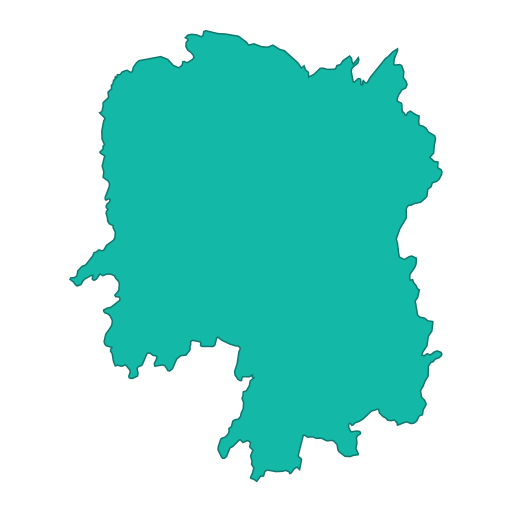 the border of Hunan
{"feature_id": "CHN-1808", "entity_name": "Hunan", "entity_type": "Province", "adm_level": 1, "iso_a3": "CHN", "parent_name": "China", "parent_adm1": "", "projection": "natural_earth1", "projection_center": [111.592, 27.371], "detail": "fine", "context": "isolated", "style": "filled", "palette": "teal", "viewbox_px": 512, "rotation_deg": 0, "n_neighbors": 0, "source": "natural_earth", "source_scale": "10m", "svg_char_len": 5994}
<svg xmlns="http://www.w3.org/2000/svg" viewBox="0 0 512 512"><path d="M102.2,166.0L104.7,155.8L100.7,153.4L99.8,152.1L103.0,149.2L103.0,146.3L104.5,144.5L102.1,139.2L101.8,131.1L103.7,120.9L104.9,118.9L104.2,117.4L99.6,112.8L101.6,111.8L102.2,110.5L103.1,106.2L103.1,102.6L108.6,97.5L108.0,92.2L111.6,88.8L111.4,85.3L112.9,84.0L113.6,80.2L114.7,79.8L115.4,76.8L116.6,77.6L117.4,74.7L120.2,74.6L122.0,72.1L125.6,70.6L127.2,70.3L130.3,72.3L132.3,71.8L133.3,67.3L136.6,62.7L139.0,60.7L160.8,56.6L167.9,59.5L173.1,65.3L178.3,67.7L179.3,67.5L182.2,65.0L182.8,61.8L184.1,61.4L186.5,62.6L187.8,62.4L192.3,59.6L193.9,57.7L193.2,55.0L190.8,52.2L187.8,50.2L185.9,46.6L186.2,42.3L188.2,40.1L187.6,38.9L185.3,37.7L187.9,35.0L191.8,34.3L197.0,35.0L201.2,36.8L203.1,35.5L203.7,31.6L205.7,30.7L217.9,33.6L225.2,34.0L238.4,36.2L246.4,42.2L248.6,45.1L253.9,43.8L261.4,46.7L268.0,47.2L272.9,45.1L279.8,49.5L284.4,50.7L298.1,63.0L301.3,68.1L304.1,65.8L305.4,69.8L308.4,72.3L308.7,77.1L314.2,74.2L320.2,68.3L323.3,68.2L327.3,69.4L334.7,69.2L336.0,68.0L336.8,65.6L340.6,64.4L343.0,60.6L349.7,56.0L351.5,58.3L352.0,61.7L353.2,64.2L358.3,57.6L358.9,59.7L357.9,63.1L353.1,67.0L351.6,69.0L351.3,71.8L353.2,81.8L354.4,82.1L358.1,78.7L359.8,78.6L360.6,79.5L361.0,84.5L362.1,84.9L362.7,84.5L362.7,81.5L363.3,80.6L365.6,83.1L367.4,82.5L370.2,77.5L385.7,58.3L387.8,57.0L392.7,51.9L397.5,48.8L397.6,50.4L394.3,58.7L393.7,64.2L394.7,65.1L399.7,64.6L401.6,65.6L403.8,71.7L403.3,77.6L405.9,81.2L407.1,84.6L405.5,88.1L402.0,89.8L399.0,94.3L397.6,97.2L397.1,100.5L397.5,101.3L401.2,103.1L401.8,104.4L402.2,111.2L404.5,113.5L405.4,115.5L406.1,115.4L407.8,112.6L410.2,111.1L416.2,114.9L419.1,116.0L418.7,122.3L419.3,125.1L423.4,126.4L426.0,128.2L428.4,132.0L434.7,135.8L435.6,138.9L434.3,145.0L433.6,153.2L429.8,157.4L434.3,161.4L438.0,162.1L437.7,167.7L441.1,169.7L442.0,171.9L441.6,174.5L439.2,179.2L436.9,181.3L432.4,182.8L431.0,186.8L427.8,189.3L426.9,196.2L425.4,198.1L420.5,202.3L414.2,203.6L411.1,205.2L408.7,205.3L407.0,207.0L406.2,209.2L406.4,217.7L399.8,228.9L396.2,239.1L397.4,243.1L399.0,255.6L399.7,257.2L404.3,259.5L409.1,256.7L411.6,256.0L416.3,258.1L416.1,264.0L414.5,267.8L409.9,274.5L409.7,278.6L410.4,280.3L412.6,279.6L413.7,282.8L416.0,285.5L417.3,288.5L419.4,289.9L417.6,297.6L415.2,300.9L417.6,315.1L419.7,317.1L424.6,318.1L428.0,320.9L432.7,321.5L432.9,322.3L431.9,331.0L428.3,336.3L426.9,345.8L422.9,351.9L421.9,355.2L424.3,355.8L427.1,353.7L430.3,355.0L434.2,352.0L437.2,350.9L441.1,352.4L441.8,354.3L441.3,355.7L439.1,357.7L435.1,359.2L433.0,361.8L430.8,362.5L428.4,366.1L428.1,376.1L424.9,381.3L423.2,386.0L420.5,390.7L421.6,397.3L424.6,400.2L426.1,403.8L425.8,405.3L423.3,409.6L422.4,414.8L419.1,416.0L416.8,420.8L414.3,423.0L411.2,423.6L406.3,421.8L397.8,425.1L397.3,425.0L397.3,423.4L394.6,420.0L391.0,420.7L387.6,420.1L385.8,418.0L383.2,416.7L379.4,412.9L378.6,409.3L378.0,409.1L371.4,411.1L363.0,419.0L359.3,421.3L354.8,423.0L352.7,425.2L351.6,425.2L350.5,423.6L349.3,423.5L348.5,425.3L349.0,428.3L351.0,431.8L356.9,431.0L359.7,431.5L360.6,432.8L360.1,434.1L357.7,435.5L356.4,437.6L356.9,443.1L355.9,448.6L358.3,453.8L358.0,454.8L353.6,455.3L350.2,456.6L345.0,456.3L339.1,451.8L337.9,449.8L337.1,444.7L333.8,441.0L331.9,440.4L326.8,440.8L321.4,438.2L316.2,438.3L312.7,436.8L307.6,437.2L305.0,435.4L303.3,435.3L298.3,455.0L298.6,456.7L301.1,458.7L301.5,459.9L299.6,469.6L297.3,467.3L296.2,467.5L293.9,469.1L291.2,473.0L289.7,473.6L289.1,471.7L285.4,470.4L282.5,471.3L276.0,471.6L267.0,470.0L264.9,471.6L263.5,476.0L260.5,476.3L256.7,481.3L253.9,479.3L250.9,478.4L250.5,477.6L252.7,472.5L253.8,467.9L251.5,464.2L252.1,461.4L250.6,456.0L252.9,450.2L249.6,446.8L250.5,443.5L249.7,441.6L247.3,440.6L243.0,442.5L240.4,439.8L239.3,439.9L232.9,446.4L229.8,448.1L226.6,456.4L224.4,458.3L222.7,458.3L221.6,457.1L218.0,449.7L218.3,446.6L220.7,439.3L221.5,438.4L225.4,437.0L228.0,434.1L229.1,431.5L228.9,428.5L231.3,426.8L232.9,421.0L234.9,419.8L238.3,419.1L240.6,416.3L241.1,413.3L243.2,408.8L243.6,402.5L242.0,398.4L243.1,395.5L243.2,391.9L246.4,390.8L249.4,385.5L250.2,381.0L253.9,377.8L252.2,376.9L252.4,375.1L249.2,376.8L243.0,376.7L242.0,377.8L241.5,380.5L240.3,380.7L237.9,379.3L235.1,375.0L234.6,371.4L237.1,364.0L238.9,351.9L240.3,348.6L239.8,347.6L238.2,345.9L235.7,345.9L229.7,344.0L221.7,340.2L217.7,337.0L216.5,338.5L214.9,345.0L213.0,346.5L201.6,346.4L200.5,345.4L200.8,343.1L199.9,341.8L192.3,340.3L190.5,341.7L190.8,344.3L189.9,346.8L190.1,349.1L189.5,350.7L185.9,355.1L180.8,355.7L176.8,358.8L172.4,368.8L169.6,371.0L167.9,370.6L165.1,366.0L163.9,365.3L162.1,365.0L154.9,366.2L154.3,364.5L154.5,363.1L156.6,358.9L156.9,356.8L155.6,355.7L153.0,355.4L150.4,353.3L147.7,352.9L146.6,354.3L142.4,364.5L141.5,365.5L138.4,366.6L137.1,368.1L138.0,373.8L137.5,376.1L132.8,378.3L130.4,378.4L129.1,377.6L128.8,376.1L130.2,372.2L130.1,370.4L126.1,365.4L124.9,364.9L122.8,366.0L120.8,366.2L117.5,365.1L115.3,366.0L113.4,361.1L112.2,353.7L110.5,351.1L110.7,349.6L112.0,347.4L106.3,345.8L104.7,343.9L104.1,341.4L105.8,334.1L110.7,327.1L111.8,324.9L112.3,321.5L112.1,319.9L110.1,315.9L108.1,314.0L104.6,312.7L103.7,311.1L103.7,309.9L107.3,308.1L110.8,307.3L119.7,300.4L120.0,298.3L118.8,296.9L115.6,296.7L114.8,295.1L118.0,291.5L118.9,289.6L119.3,284.0L118.8,281.7L115.8,278.4L114.5,275.8L110.7,274.1L106.6,274.1L103.0,275.7L100.0,274.0L96.6,278.9L94.6,280.2L93.2,280.0L92.2,278.9L92.9,275.5L91.1,275.5L85.0,278.9L82.9,280.9L81.1,284.4L77.9,285.8L76.4,285.7L73.1,281.7L70.0,279.4L70.7,277.9L74.4,277.6L77.0,275.8L77.7,271.0L82.1,266.3L85.6,265.0L92.7,256.0L93.9,252.7L96.3,252.0L98.8,249.9L101.4,250.7L103.6,250.4L106.5,245.3L113.3,240.4L114.9,237.8L115.3,232.2L113.1,227.7L113.1,225.6L109.3,223.8L107.7,221.2L107.4,217.7L106.1,213.3L106.5,211.2L108.1,209.4L106.3,207.6L106.3,205.5L107.1,204.0L109.4,202.0L110.0,200.2L109.8,199.3L108.7,198.8L106.0,200.2L105.2,199.3L105.2,197.2L109.2,186.8L109.5,183.6L108.2,181.0L103.1,177.4L103.8,171.8L102.2,166.0Z" fill="#14b8a6" stroke="#0f766e" stroke-width="1.5"/></svg>